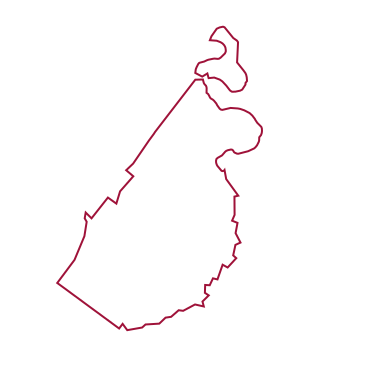 the district of Tipton, Tennessee, United States of America, rotated 125°
{"feature_id": "52423323B95439935659374", "entity_name": "Tipton", "entity_type": "district", "adm_level": 2, "iso_a3": "USA", "parent_name": "United States of America", "parent_adm1": "Tennessee", "projection": "natural_earth1", "projection_center": [-89.94, 35.512], "detail": "fine", "context": "isolated", "style": "outline", "palette": "rose", "viewbox_px": 384, "rotation_deg": 125, "n_neighbors": 0, "source": "geoboundaries", "source_scale": "gbopen_adm2", "svg_char_len": 2087}
<svg xmlns="http://www.w3.org/2000/svg" viewBox="0 0 384 384"><g transform="rotate(125 192 192)"><path d="M343.8,250.2L345.6,173.4L339.8,173.2L342.3,165.8L331.6,155.1L327.2,154.1L318.6,143.3L310.1,141.6L306.2,137.5L296.5,135.1L294.4,131.1L282.4,125.0L279.0,116.7L275.7,120.6L267.1,119.0L267.2,123.6L260.6,127.9L258.2,124.0L250.7,125.3L249.0,121.0L234.0,125.2L233.4,119.5L220.8,117.8L220.3,121.9L210.4,126.1L205.6,123.3L200.7,132.7L191.2,137.0L192.5,142.7L186.3,144.0L171.4,154.6L168.5,152.0L161.8,171.4L155.4,177.9L155.6,177.9L157.0,178.6L157.5,179.2L157.7,180.0L156.1,186.0L155.5,187.3L154.2,189.0L152.7,190.2L151.0,190.9L149.4,190.6L144.8,188.4L139.9,187.9L138.6,187.5L137.2,186.6L135.0,184.6L134.4,183.7L134.4,182.2L135.2,180.5L135.3,179.8L134.8,177.2L134.1,176.0L126.4,169.4L120.7,166.1L119.1,165.7L116.5,165.5L112.5,166.1L111.2,166.6L108.6,168.3L105.8,168.1L103.7,168.7L101.8,169.7L99.8,171.3L98.9,172.6L97.9,178.2L96.7,181.3L96.1,182.4L94.8,186.4L94.3,190.1L95.1,196.0L96.3,200.2L97.3,202.4L101.0,208.6L107.3,214.2L107.9,215.5L107.9,217.1L106.5,221.1L105.6,222.8L104.6,226.3L104.4,227.8L104.6,230.4L104.2,231.6L103.4,233.0L102.5,234.9L102.4,237.0L98.5,239.6L97.6,240.5L96.9,241.6L96.5,243.6L95.9,244.9L93.6,247.6L98.1,253.7L164.0,256.7L166.3,256.6L174.3,256.8L202.5,256.5L211.9,258.4L212.8,249.1L232.7,251.3L244.9,247.3L244.8,257.7L271.2,259.2L269.8,267.3L275.1,264.8L276.8,261.2L289.9,254.8L315.0,249.3L343.8,250.2ZM91.6,249.8L86.1,247.4L89.2,243.7L85.5,239.4L84.0,233.7L84.0,230.6L85.2,224.9L87.0,219.2L87.0,217.1L86.7,216.4L84.9,214.0L81.4,210.7L79.3,209.6L73.4,209.8L72.0,210.7L69.5,210.6L66.6,213.0L64.8,215.0L63.9,216.6L62.8,219.8L60.0,229.4L55.4,232.3L42.9,240.2L42.2,242.0L42.2,246.5L38.4,259.8L38.8,261.4L41.4,263.8L44.1,265.4L53.3,265.4L57.4,264.4L53.9,258.5L52.9,254.5L52.8,252.1L53.3,249.8L54.0,248.3L54.7,247.3L56.4,245.7L57.6,244.9L59.6,244.5L65.5,245.6L67.4,246.4L68.2,247.3L69.8,250.1L70.7,251.1L74.2,254.4L75.6,255.4L78.1,256.8L81.5,259.7L82.3,260.2L83.6,260.3L87.2,259.8L89.3,259.3L92.6,257.6L91.6,249.8Z" fill="none" stroke="#9f1239" stroke-width="2"/></g></svg>